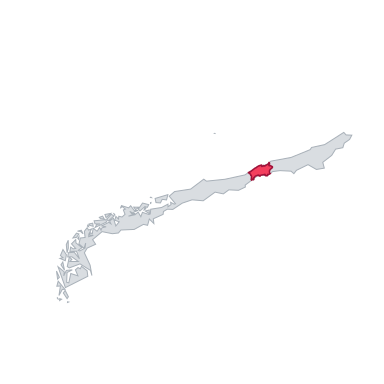 Coquimbo highlighted on a map of Chile, rotated 63°
{"feature_id": "CHL-2697", "entity_name": "Coquimbo", "entity_type": "Region", "adm_level": 1, "iso_a3": "CHL", "parent_name": "Chile", "parent_adm1": "", "projection": "mercator", "projection_center": [-70.868, -30.645], "detail": "fine", "context": "in_parent", "style": "filled", "palette": "rose", "viewbox_px": 384, "rotation_deg": 63, "n_neighbors": 0, "source": "natural_earth", "source_scale": "10m", "svg_char_len": 6720}
<svg xmlns="http://www.w3.org/2000/svg" viewBox="0 0 384 384"><g transform="rotate(63 192 192)"><path d="M207.8,29.7L211.1,28.8L213.9,23.8L216.7,27.7L217.6,34.2L221.0,37.5L219.0,44.6L222.8,50.9L224.9,62.0L230.8,63.3L228.4,70.9L220.3,76.2L220.1,89.1L221.9,92.9L218.4,94.3L212.9,103.9L210.4,110.9L211.6,117.5L207.1,125.1L210.0,141.5L211.8,142.2L211.6,149.8L206.8,158.2L207.9,164.9L202.6,171.5L204.9,186.0L199.0,195.5L197.5,205.7L198.8,217.0L196.1,221.8L196.4,226.3L198.8,227.9L198.3,238.6L202.8,240.3L196.7,242.3L201.5,246.7L198.8,250.0L199.1,260.5L193.6,272.6L195.1,276.2L193.0,281.9L186.5,290.1L189.3,302.2L194.8,301.6L194.4,310.9L197.3,315.5L210.9,316.0L221.0,319.1L215.7,318.1L205.2,324.4L203.9,335.8L201.8,337.0L194.3,330.9L197.5,329.6L198.5,332.4L202.3,324.8L195.2,328.5L193.4,332.2L190.0,329.7L192.2,324.3L200.4,322.6L192.3,321.8L189.5,327.8L186.0,325.1L188.7,323.7L189.5,321.3L183.5,322.9L181.6,317.2L184.7,318.5L191.7,315.3L192.3,319.8L193.6,318.7L193.4,312.7L189.2,309.9L193.1,313.7L186.9,316.3L182.3,312.4L184.0,307.9L178.1,305.7L176.2,301.6L179.0,301.4L179.3,298.2L182.7,303.1L184.9,304.4L185.9,299.6L183.8,303.2L182.3,300.9L183.9,299.8L179.4,296.5L183.9,294.4L181.6,290.3L184.7,290.4L183.0,288.5L184.0,284.3L181.1,288.2L181.3,279.9L183.5,278.7L180.4,278.6L179.7,273.9L187.7,275.3L185.5,270.4L182.1,273.6L179.2,270.9L182.7,269.8L180.4,268.2L182.5,265.7L181.5,261.8L176.8,261.3L177.0,259.1L173.2,260.9L174.0,263.2L172.1,261.0L177.4,255.6L176.4,252.9L182.5,251.8L183.9,248.3L183.5,254.6L181.0,256.2L183.8,255.6L185.4,252.3L184.7,259.6L186.4,253.1L185.4,249.1L190.8,248.8L187.6,245.4L192.5,240.6L192.6,239.1L188.6,236.6L192.0,226.1L191.9,218.9L194.3,220.1L193.7,216.4L191.5,215.7L194.7,213.4L195.0,212.0L185.4,214.2L183.7,207.3L188.8,191.9L185.9,175.7L188.9,174.2L195.6,156.9L200.8,137.1L199.1,121.0L201.7,113.4L200.3,107.8L206.2,88.0L207.9,67.5L206.6,65.2L210.0,52.3L207.8,29.7ZM219.8,323.1L219.7,348.2L197.8,345.3L205.2,342.1L208.5,344.4L204.8,339.6L207.0,334.0L207.0,339.9L215.6,344.7L217.0,343.0L209.6,337.0L214.9,331.7L208.4,331.2L207.6,327.9L209.7,326.3L208.0,324.2L214.5,321.2L219.8,323.1ZM185.1,228.9L181.0,227.8L183.4,214.7L187.5,218.3L185.0,221.9L187.4,225.1L185.1,228.9ZM179.9,281.7L179.6,294.5L177.7,291.6L178.7,288.4L176.4,292.9L173.2,292.3L177.6,281.3L179.9,281.7ZM210.7,351.7L221.0,349.4L219.9,351.8L223.8,357.5L216.0,351.9L214.6,355.2L210.7,351.7ZM185.4,238.7L183.6,240.6L185.3,247.0L182.9,247.6L179.4,241.1L183.6,236.3L185.4,238.7ZM190.9,332.4L195.7,336.1L191.2,339.8L191.9,336.8L188.9,338.1L184.7,333.1L190.9,332.4ZM195.7,338.9L203.8,341.1L197.4,341.8L195.7,338.9ZM230.3,351.7L223.6,352.5L222.1,349.7L229.2,349.7L230.3,351.7ZM179.8,279.9L177.4,280.2L175.2,274.1L178.0,272.4L179.8,279.9ZM175.8,280.2L172.5,279.8L174.2,274.1L175.8,280.2ZM191.9,239.8L187.7,242.3L188.6,238.3L191.9,239.8ZM178.1,311.8L180.0,315.5L178.9,319.0L176.2,313.6L178.1,311.8ZM178.8,324.2L185.9,327.7L189.4,330.9L181.8,327.9L178.8,324.2ZM182.1,250.3L179.0,250.8L181.5,246.1L182.1,250.3ZM200.9,348.6L207.8,348.9L208.6,351.3L200.9,348.6ZM176.1,282.4L174.2,285.7L172.5,286.1L172.9,282.6L176.1,282.4ZM177.7,295.6L175.2,298.4L173.8,298.1L174.7,294.6L177.7,295.6ZM179.8,308.0L176.5,309.3L174.9,311.8L175.8,308.0L179.8,308.0ZM174.9,300.7L174.0,299.5L176.1,299.8L174.9,300.7ZM186.1,242.8L184.8,241.2L185.1,240.3L186.0,240.8L186.1,242.8ZM182.7,314.5L181.3,314.8L180.4,312.9L182.7,314.5ZM177.4,271.4L175.1,271.5L177.4,271.1L177.4,271.4ZM228.3,356.9L228.6,359.2L227.0,358.3L228.3,356.9ZM182.7,233.3L183.9,234.3L182.6,233.8L182.7,233.3ZM227.3,359.8L225.2,360.2L225.1,359.9L227.3,359.8ZM234.0,351.9L233.9,353.1L233.3,352.7L234.0,351.9ZM150.7,144.5L150.0,145.3L150.0,145.2L150.7,144.5ZM178.6,230.7L178.1,231.5L177.9,231.0L178.6,230.7Z" fill="#d9dde1" stroke="#a8b0b8" stroke-width="1"/><path d="M211.1,113.9L211.2,114.6L211.1,115.7L211.1,115.9L211.0,116.2L210.8,116.6L210.7,116.7L210.8,116.8L211.1,116.8L211.4,116.9L211.6,117.1L211.7,117.4L211.6,117.7L211.4,117.8L211.3,118.0L211.3,118.4L211.2,118.6L211.0,118.9L210.8,119.1L210.6,119.2L210.4,119.2L210.2,119.2L209.6,118.9L209.4,119.0L209.6,119.4L209.6,119.6L209.5,119.8L209.4,119.9L209.1,120.1L209.0,120.7L208.9,121.0L208.8,121.3L208.7,121.4L208.7,121.5L208.7,121.8L208.6,122.1L208.4,122.4L208.3,123.5L208.5,123.9L208.7,124.0L208.8,124.1L208.7,124.3L208.4,124.2L208.3,124.3L208.1,124.5L208.0,124.9L207.9,125.0L207.7,125.2L207.6,124.9L207.6,124.7L207.4,124.7L207.0,125.3L206.9,125.4L206.9,125.6L206.9,125.9L206.9,126.0L206.8,126.4L206.8,126.5L206.9,126.8L206.8,127.0L206.7,127.2L206.7,127.4L206.7,127.7L206.7,127.9L206.6,128.3L206.7,128.6L207.0,129.4L207.2,129.6L207.3,129.7L207.3,130.1L207.3,130.3L207.5,130.6L207.7,130.8L207.9,130.9L208.2,130.9L208.5,130.9L208.6,131.0L208.9,131.3L209.0,131.6L208.9,131.7L208.9,131.8L208.7,132.2L208.2,132.1L208.0,132.3L208.1,132.5L208.2,132.8L208.3,132.9L208.3,133.0L208.3,133.3L208.4,133.5L208.0,133.6L207.7,133.6L207.4,133.4L207.2,133.1L207.0,132.9L206.5,132.8L206.2,132.6L205.9,132.3L205.7,132.1L205.4,132.0L205.2,132.0L204.3,131.7L204.1,131.7L203.9,131.8L203.8,132.1L203.7,132.1L202.9,131.8L202.6,131.8L202.3,132.0L201.7,132.4L201.6,132.5L201.2,132.3L201.0,132.2L200.8,132.2L200.7,132.4L200.2,133.4L200.2,133.1L200.3,132.9L200.3,132.5L200.4,131.7L200.3,131.4L200.3,131.2L200.5,131.0L200.4,130.8L200.2,130.6L200.3,130.3L200.4,130.2L200.0,128.8L200.0,128.6L200.0,128.1L199.8,127.5L199.7,127.3L199.5,125.5L199.4,125.3L199.3,125.1L199.4,124.5L199.5,124.1L199.4,123.8L199.4,123.5L199.3,123.4L199.3,123.1L199.2,123.0L199.2,122.7L199.1,122.2L199.1,121.7L199.0,120.9L199.2,120.4L199.1,120.1L199.1,119.9L199.2,119.6L199.3,118.8L199.5,118.1L199.7,118.3L199.9,118.3L200.1,118.4L200.4,118.3L200.4,118.2L200.5,118.2L200.4,118.0L200.5,118.0L200.6,117.9L200.8,117.4L200.9,117.5L201.0,117.6L201.2,117.4L201.3,117.3L201.3,117.0L201.3,116.7L201.2,116.3L201.1,116.1L201.3,116.0L201.3,115.9L201.4,115.7L201.5,115.6L201.8,115.6L201.9,115.4L201.9,115.2L201.9,114.9L201.7,114.6L201.6,114.0L201.6,113.9L201.7,113.7L201.8,113.2L201.7,112.9L201.6,112.6L201.6,112.4L201.7,112.0L201.7,111.8L201.8,111.7L201.7,111.5L201.6,111.4L201.5,111.1L201.5,110.8L201.4,110.7L200.7,110.1L200.8,109.9L201.2,109.8L201.4,109.8L201.6,109.9L201.8,110.0L202.0,110.1L202.1,110.3L202.3,110.7L202.4,110.8L202.5,111.0L202.9,111.0L203.0,111.0L203.2,111.3L203.3,111.4L203.5,111.4L203.7,111.2L203.8,110.9L204.0,110.1L204.2,109.9L204.4,109.8L205.2,109.6L205.4,109.5L205.5,109.4L205.6,109.2L205.8,108.9L206.1,108.9L206.5,109.1L206.7,109.3L206.9,109.7L207.4,112.0L207.5,112.3L207.6,112.5L208.2,113.0L208.3,113.2L208.4,113.5L208.6,113.6L209.3,113.8L209.5,113.9L209.7,114.0L209.8,114.1L210.0,114.2L210.6,114.2L210.9,114.0L211.1,113.9L211.1,113.9Z" fill="#f43f5e" stroke="#9f1239" stroke-width="1.5"/></g></svg>